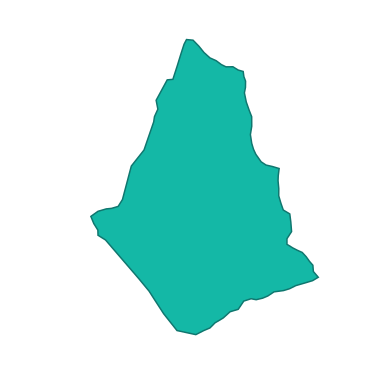 outline of Cruz das Almas, Bahia, Brazil, rotated 61°
{"feature_id": "56859067B52904526930124", "entity_name": "Cruz das Almas", "entity_type": "district", "adm_level": 2, "iso_a3": "BRA", "parent_name": "Brazil", "parent_adm1": "Bahia", "projection": "robinson", "projection_center": [-39.118, -12.685], "detail": "fine", "context": "isolated", "style": "filled", "palette": "teal", "viewbox_px": 384, "rotation_deg": 61, "n_neighbors": 0, "source": "geoboundaries", "source_scale": "gbopen_adm2", "svg_char_len": 1252}
<svg xmlns="http://www.w3.org/2000/svg" viewBox="0 0 384 384"><g transform="rotate(61 192 192)"><path d="M56.0,122.9L58.9,127.3L66.2,135.1L74.0,143.2L84.2,154.1L81.9,159.3L94.4,178.9L103.0,181.7L107.9,188.3L112.1,191.5L132.0,213.6L139.9,232.5L164.9,256.5L168.8,263.6L167.3,270.3L165.2,275.2L163.3,283.6L164.3,292.3L172.1,293.2L179.7,292.8L184.3,295.2L192.0,290.9L242.2,280.5L257.9,277.6L268.8,276.9L277.4,276.3L284.8,275.8L305.9,272.3L318.6,257.8L318.9,248.9L319.6,242.2L317.6,235.3L317.3,225.7L315.2,216.8L317.0,208.4L312.5,199.6L314.0,192.1L317.3,188.1L319.1,181.7L319.7,176.1L319.1,168.7L322.6,159.7L323.9,153.6L324.2,146.6L326.5,136.5L328.0,129.5L327.8,122.9L320.4,124.4L314.7,121.8L309.4,122.9L304.1,123.5L298.3,124.9L293.9,128.2L289.7,131.0L283.8,134.3L278.9,131.6L274.9,124.1L266.1,120.1L258.6,117.1L252.0,120.9L245.0,119.7L237.4,118.0L231.2,114.5L223.9,111.3L219.6,108.7L213.7,104.4L208.7,109.3L204.3,114.2L199.1,116.9L189.9,117.9L184.5,117.5L178.5,116.2L170.1,113.1L163.5,107.9L155.1,103.3L148.4,102.4L139.6,100.9L130.7,98.1L126.4,94.5L121.0,91.4L116.3,90.7L111.4,88.8L107.7,92.5L102.3,95.5L99.0,101.6L94.7,104.6L88.9,107.2L83.4,111.3L75.8,113.9L67.8,115.3L59.7,117.5L56.0,122.9Z" fill="#14b8a6" stroke="#0f766e" stroke-width="1.5"/></g></svg>